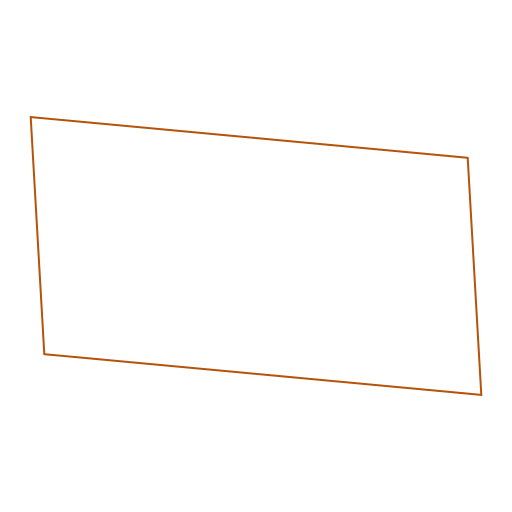 Ashmore and Cartier Islands, Natural Earth projection
{"feature_id": "ATC", "entity_name": "Ashmore and Cartier Islands", "entity_type": "country or territory", "adm_level": 0, "iso_a3": "ATC", "parent_name": "Oceania", "parent_adm1": "", "projection": "natural_earth1", "projection_center": [123.586, -12.43], "detail": "fine", "context": "isolated", "style": "outline", "palette": "amber", "viewbox_px": 512, "rotation_deg": 0, "n_neighbors": 0, "source": "natural_earth", "source_scale": "50m", "svg_char_len": 185}
<svg xmlns="http://www.w3.org/2000/svg" viewBox="0 0 512 512"><path d="M467.7,157.8L481.3,394.9L44.3,354.2L30.7,117.1L467.7,157.8Z" fill="none" stroke="#b45309" stroke-width="2"/></svg>